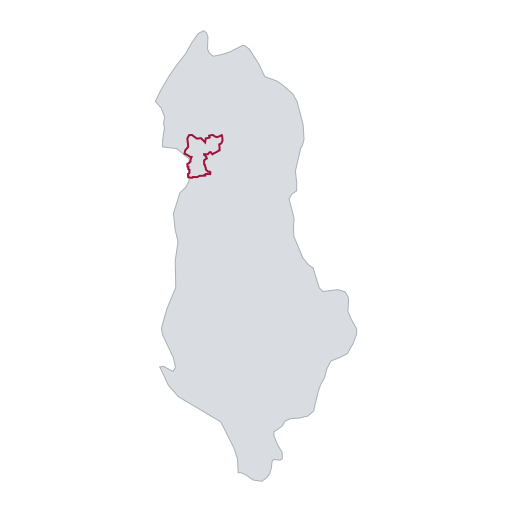 location of Lezhë, Lezhë, Albania
{"feature_id": "67620474B20431026689517", "entity_name": "Lezhë", "entity_type": "district", "adm_level": 2, "iso_a3": "ALB", "parent_name": "Albania", "parent_adm1": "Lezhë", "projection": "equal_earth", "projection_center": [19.698, 41.807], "detail": "fine", "context": "in_parent", "style": "outline", "palette": "rose", "viewbox_px": 512, "rotation_deg": 0, "n_neighbors": 0, "source": "geoboundaries", "source_scale": "gbopen_adm2", "svg_char_len": 2471}
<svg xmlns="http://www.w3.org/2000/svg" viewBox="0 0 512 512"><path d="M162.4,146.8L162.7,139.3L164.5,127.5L163.5,123.6L164.6,116.9L161.1,107.9L155.4,101.4L160.9,90.0L169.0,76.2L176.5,65.3L185.5,53.9L191.6,43.0L198.1,33.6L203.6,30.7L206.4,32.7L207.9,36.8L207.5,49.0L209.4,53.2L213.3,56.2L221.4,54.7L230.4,51.7L242.6,45.3L244.7,45.7L249.2,49.0L258.6,63.7L264.8,76.7L277.1,81.1L284.0,86.2L292.8,93.9L297.1,101.6L303.2,125.2L304.0,139.5L302.2,146.1L300.8,147.8L295.4,171.1L296.7,183.0L296.7,190.8L292.1,193.9L289.0,198.8L294.1,218.3L293.5,226.6L293.8,236.2L302.9,258.0L308.3,264.7L313.1,267.9L319.3,288.0L323.0,291.5L337.8,289.6L345.1,291.8L348.0,296.6L348.7,299.8L347.8,311.1L351.5,319.8L356.6,328.7L356.6,334.2L353.3,343.1L347.4,353.6L339.5,357.6L330.8,361.0L326.7,369.1L324.6,377.7L320.8,384.1L318.4,391.1L314.8,405.5L313.9,410.7L308.0,416.0L298.9,418.1L290.7,418.6L285.1,421.0L282.3,425.9L277.1,429.9L273.9,431.7L274.0,436.0L277.8,445.2L282.2,452.6L282.3,458.6L280.2,460.2L273.5,459.5L272.0,461.7L271.3,468.3L269.5,474.0L266.8,477.5L262.0,481.3L253.2,480.0L244.9,474.3L240.6,472.6L238.2,472.8L237.5,458.8L233.9,448.0L220.8,421.9L178.4,396.7L168.4,385.3L164.0,375.8L159.7,366.8L163.9,366.5L168.0,368.8L173.3,371.5L175.5,367.0L173.2,357.2L162.3,334.3L161.5,327.9L166.9,308.8L175.8,287.3L175.2,261.2L178.0,241.6L175.0,228.9L173.5,213.3L180.0,192.6L185.6,187.5L189.0,181.0L189.2,159.0L176.8,148.7L162.4,146.8Z" fill="#d9dde1" stroke="#a8b0b8" stroke-width="1"/><path d="M209.1,135.7L209.6,137.6L205.8,138.4L205.1,142.4L203.5,140.7L201.0,138.2L196.8,138.6L192.0,135.0L189.1,135.1L187.3,138.6L188.0,144.1L188.2,146.8L185.2,150.4L184.7,152.8L184.5,153.7L187.3,154.9L189.8,156.7L191.6,157.0L190.8,158.8L190.4,160.5L190.5,161.7L188.7,163.2L187.3,164.0L187.5,166.7L188.3,167.0L188.3,169.2L189.5,169.8L189.4,172.9L188.0,174.0L188.2,177.2L189.6,177.5L192.2,177.8L192.9,177.0L197.4,177.1L199.4,175.9L205.1,175.6L204.8,174.8L205.6,174.7L205.8,174.0L210.2,174.1L210.4,172.3L209.7,171.6L208.2,171.8L207.4,171.1L206.5,170.2L205.8,169.4L205.8,167.8L205.2,166.8L205.1,165.2L204.2,164.5L204.1,160.4L205.8,158.9L206.8,158.5L206.5,157.3L205.5,156.0L204.2,155.0L204.1,154.2L207.8,154.3L209.6,152.2L210.8,152.2L211.5,153.4L212.5,154.3L213.6,153.4L215.5,152.6L217.1,151.7L218.6,150.6L219.6,150.4L219.5,146.6L219.2,144.4L221.1,143.5L221.9,142.2L222.5,140.8L222.3,137.3L221.7,134.4L221.4,135.5L216.9,137.2L214.8,136.4L212.7,134.9L209.1,135.7Z" fill="none" stroke="#9f1239" stroke-width="2"/></svg>